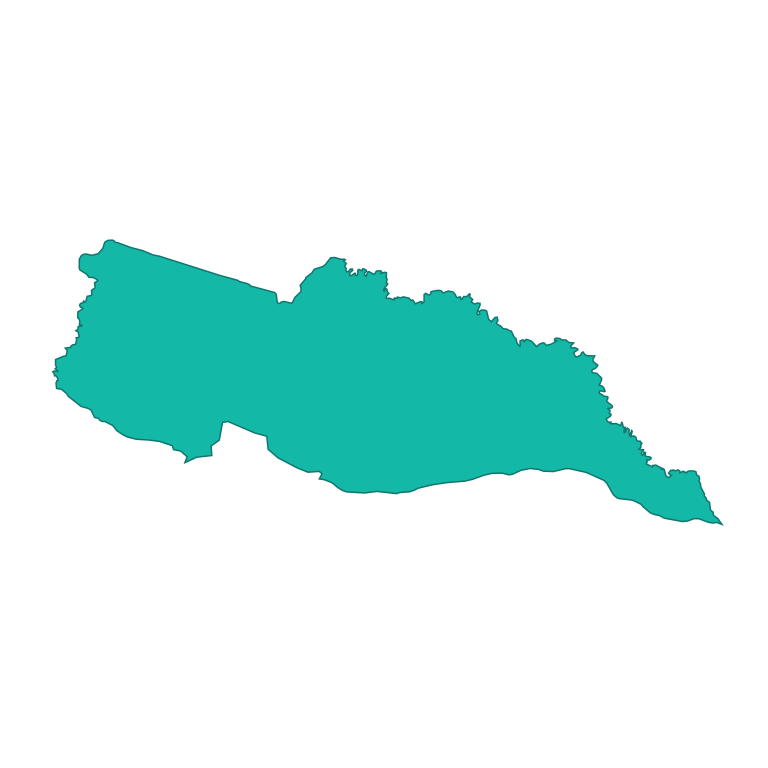 Libenge, Équateur, Democratic Republic of the Congo, rotated 267°
{"feature_id": "63176286B16720510237815", "entity_name": "Libenge", "entity_type": "district", "adm_level": 2, "iso_a3": "COD", "parent_name": "Democratic Republic of the Congo", "parent_adm1": "Équateur", "projection": "robinson", "projection_center": [18.997, 3.764], "detail": "fine", "context": "isolated", "style": "filled", "palette": "teal", "viewbox_px": 768, "rotation_deg": 267, "n_neighbors": 0, "source": "geoboundaries", "source_scale": "gbopen_adm2", "svg_char_len": 6095}
<svg xmlns="http://www.w3.org/2000/svg" viewBox="0 0 768 768"><g transform="rotate(267 384 384)"><path d="M396.7,56.8L395.6,61.7L391.0,66.6L388.4,67.9L377.5,80.3L374.9,87.8L373.2,90.1L365.7,93.3L364.8,96.9L362.5,98.5L361.4,100.5L361.1,103.4L356.8,110.9L351.3,114.8L346.7,121.0L344.4,125.3L341.8,133.7L340.4,146.1L338.4,156.9L333.5,169.3L329.5,170.4L327.7,177.4L321.7,183.6L315.9,181.1L320.7,193.1L321.6,208.3L331.2,208.1L336.5,216.5L354.1,220.8L354.7,226.3L341.9,252.3L338.0,264.2L324.8,264.9L315.8,274.3L304.9,292.7L299.9,303.4L300.1,314.8L297.5,317.4L292.6,314.4L291.5,319.6L288.0,327.1L283.4,332.0L279.9,336.9L278.2,341.1L276.2,359.0L277.1,371.4L273.9,390.7L274.8,394.3L275.0,403.7L276.2,408.3L278.2,412.8L280.8,426.9L282.2,441.2L282.8,459.5L284.2,467.6L287.7,479.0L289.1,486.9L288.8,497.3L286.8,503.8L287.1,507.4L290.6,516.2L292.0,525.3L290.6,533.8L288.6,538.7L287.7,548.5L290.0,561.2L289.7,565.1L285.1,581.4L276.2,598.7L273.3,601.3L261.5,607.2L258.3,610.4L257.2,613.0L255.2,625.1L253.7,628.7L250.3,634.6L248.0,636.2L241.6,643.0L239.6,646.9L238.2,652.2L235.3,657.0L231.0,675.0L231.3,680.2L233.3,686.4L233.0,691.3L228.9,700.8L227.9,705.5L228.4,708.9L226.1,714.1L232.2,710.3L235.1,706.7L236.6,705.9L238.7,706.1L240.1,704.2L241.5,703.4L248.9,702.9L251.0,700.0L253.0,699.9L255.4,697.9L257.2,698.3L265.0,694.8L267.7,694.9L270.7,693.5L272.5,694.2L275.4,693.7L276.7,691.5L280.1,690.9L281.0,688.5L281.2,684.3L280.9,682.8L279.5,681.3L280.2,680.4L280.0,679.2L281.1,678.9L281.0,677.4L279.8,675.0L281.9,674.7L282.8,673.0L282.0,670.2L283.1,668.3L282.5,667.1L282.8,665.7L280.1,663.5L278.2,664.9L277.7,666.2L276.2,664.6L275.9,662.6L277.4,660.8L284.0,659.3L285.1,657.9L284.2,657.3L284.4,656.5L285.7,656.4L288.8,651.2L288.5,648.0L287.2,647.7L290.5,641.6L292.7,642.8L294.5,642.3L294.2,644.9L295.1,646.5L296.4,646.9L297.3,645.6L297.9,641.9L299.2,641.0L301.8,641.6L302.2,640.8L301.8,639.8L300.2,639.5L299.5,638.5L300.0,637.5L302.5,637.8L303.8,639.6L304.8,639.7L305.5,635.2L307.6,637.3L310.2,637.3L311.2,638.5L313.7,636.6L313.4,635.5L314.1,633.5L317.5,632.8L318.5,631.8L319.1,630.3L318.6,627.7L323.7,629.4L324.5,629.0L320.3,626.5L323.1,625.8L325.3,626.7L327.2,624.7L325.9,623.0L323.8,622.8L322.9,621.9L323.2,621.3L324.6,621.2L328.1,622.7L328.0,620.8L332.7,619.9L333.2,619.3L330.1,618.2L332.3,613.9L332.4,608.7L332.8,608.0L334.0,608.7L334.2,606.1L335.3,604.9L337.7,604.2L339.5,607.8L340.6,608.9L341.9,609.1L342.7,607.5L345.8,608.4L347.8,606.3L348.2,610.2L349.2,611.0L350.6,610.5L354.6,605.8L355.6,605.5L358.1,606.9L359.6,606.7L360.4,602.7L361.8,601.5L363.5,598.4L365.5,599.0L365.8,600.0L364.8,603.8L365.3,604.4L368.5,603.4L370.5,601.7L371.6,598.9L377.0,601.6L378.7,601.5L383.5,597.0L384.2,593.5L385.2,592.2L386.6,592.3L387.6,593.3L388.5,595.8L390.9,598.3L391.8,598.4L395.0,594.5L396.2,593.9L397.9,594.0L401.0,595.9L401.6,588.4L402.8,586.2L405.6,584.4L404.7,583.0L402.3,581.8L400.9,577.5L401.7,576.3L405.5,575.1L407.9,579.3L408.9,579.2L410.1,576.8L410.3,572.9L411.9,572.3L415.1,575.5L415.8,570.8L418.4,568.0L418.8,563.5L420.2,562.1L420.8,558.8L420.3,557.0L418.6,556.6L417.9,558.7L414.9,552.7L414.2,547.9L416.4,546.4L416.8,544.8L415.7,541.4L413.3,538.4L419.1,533.5L421.1,528.7L420.7,527.5L418.9,526.4L420.9,525.0L419.9,522.1L414.9,522.0L414.7,521.2L418.1,518.9L422.2,518.3L424.4,516.2L430.1,514.0L431.2,511.1L432.3,509.8L433.0,505.9L436.0,503.3L438.1,499.6L439.0,499.5L441.5,501.1L444.8,500.5L444.6,498.3L440.6,494.5L443.1,491.9L451.6,490.3L452.4,488.9L452.8,485.5L451.4,482.4L449.0,483.4L448.0,481.5L448.9,480.7L450.5,480.6L457.8,484.1L459.5,484.1L460.0,481.4L459.1,478.7L461.3,475.4L463.8,477.0L466.5,474.0L469.1,474.7L469.6,474.0L466.9,471.1L467.2,468.3L464.2,465.8L464.5,465.2L466.8,465.0L467.1,464.1L466.3,461.9L466.8,461.1L470.9,459.1L472.3,457.6L473.5,453.3L471.8,447.9L474.2,445.8L474.7,443.3L474.1,437.3L473.5,435.6L472.0,435.5L470.6,434.2L470.6,433.0L472.4,430.5L471.2,428.7L463.6,428.3L462.5,425.9L464.2,426.1L464.4,424.9L462.5,419.3L466.1,417.4L466.5,416.7L465.9,415.4L468.5,413.4L470.0,408.0L469.2,404.8L470.1,402.2L469.9,401.6L468.9,401.6L468.7,400.6L469.4,399.3L469.2,398.7L467.4,398.3L469.3,394.1L469.4,391.0L471.5,390.8L474.1,393.7L476.0,392.1L478.4,391.9L479.1,391.1L479.0,390.4L476.9,389.0L478.0,388.5L479.4,389.1L483.0,392.6L484.1,392.9L484.9,391.6L488.4,392.6L490.2,391.8L495.0,392.3L495.5,390.8L494.7,386.7L496.2,387.5L497.1,386.9L497.3,383.2L496.8,382.0L494.8,380.9L494.1,379.6L497.0,374.9L496.8,373.8L492.4,371.7L494.3,370.3L496.1,370.4L497.3,372.3L498.5,372.4L500.2,369.5L500.1,368.7L498.2,367.8L499.8,364.8L498.9,363.8L494.7,363.6L493.9,362.6L493.8,361.0L495.9,361.3L496.2,360.4L494.0,357.3L494.0,356.0L494.7,355.3L497.2,356.1L499.1,358.7L500.4,358.5L500.6,356.5L498.1,354.3L497.9,352.8L499.7,351.8L501.2,352.3L503.6,350.8L506.2,352.7L508.9,350.0L510.1,351.9L510.8,350.7L510.7,348.0L513.0,341.0L512.8,337.3L506.5,331.9L504.5,329.1L502.3,320.5L498.6,317.7L494.5,311.6L493.1,311.2L486.8,305.4L484.0,306.2L480.5,305.8L475.2,299.6L469.4,296.3L471.7,288.5L471.2,285.7L469.9,284.4L469.9,283.3L471.1,281.7L478.0,281.2L479.8,280.8L481.2,279.3L488.9,255.7L490.1,255.0L491.3,253.0L493.8,245.2L495.4,242.8L501.0,225.8L523.4,166.4L524.9,160.4L529.9,149.8L533.5,138.4L539.0,125.6L539.5,123.1L541.3,121.7L541.9,120.3L541.9,115.7L540.1,112.5L534.1,110.3L529.1,105.4L527.8,99.0L529.4,93.4L529.3,91.0L528.1,88.5L524.6,86.3L515.6,85.7L513.8,86.3L509.1,92.9L506.0,94.8L505.5,99.3L503.4,102.8L502.0,103.4L500.2,100.2L495.7,100.6L494.5,99.9L493.6,97.7L492.4,96.7L488.9,97.0L487.7,96.4L487.1,92.2L482.2,90.6L481.5,89.8L482.5,88.4L480.8,87.4L480.2,85.0L478.5,84.1L476.6,85.0L475.7,87.1L474.8,87.0L472.0,82.1L466.2,81.6L464.7,83.0L462.4,83.5L458.9,82.9L458.7,85.4L457.8,85.2L457.1,81.5L454.8,81.3L453.3,79.1L451.9,81.3L447.2,82.1L446.5,81.3L446.3,79.0L444.4,79.4L439.7,78.0L439.4,75.1L438.4,73.5L437.0,73.0L436.5,67.6L434.4,69.2L431.7,69.0L428.6,67.7L428.5,65.4L425.6,57.3L420.1,57.0L417.8,58.0L416.4,56.4L414.3,58.9L413.6,58.8L414.3,55.7L413.5,53.9L412.3,55.0L409.4,55.4L409.5,56.6L407.7,58.0L404.9,58.9L404.4,57.5L403.2,57.5L402.3,56.5L396.7,56.8Z" fill="#14b8a6" stroke="#0f766e" stroke-width="1.5"/></g></svg>